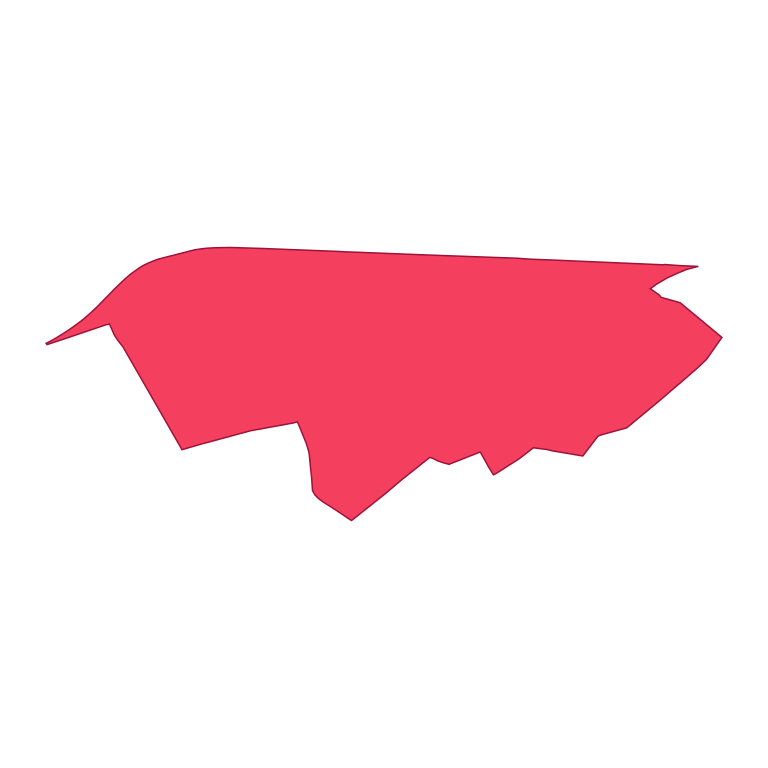 Durbe, Durbes, Latvia (Equal Earth projection)
{"feature_id": "27541924B82522110143581", "entity_name": "Durbe", "entity_type": "district", "adm_level": 2, "iso_a3": "LVA", "parent_name": "Latvia", "parent_adm1": "Durbes", "projection": "equal_earth", "projection_center": [21.377, 56.585], "detail": "fine", "context": "isolated", "style": "filled", "palette": "rose", "viewbox_px": 768, "rotation_deg": 0, "n_neighbors": 0, "source": "geoboundaries", "source_scale": "gbopen_adm2", "svg_char_len": 1487}
<svg xmlns="http://www.w3.org/2000/svg" viewBox="0 0 768 768"><path d="M47.1,344.6L70.8,336.7L105.0,325.1L109.5,324.0L114.3,335.0L117.4,339.8L122.9,346.8L123.1,347.1L182.0,449.7L201.0,444.1L203.8,443.4L250.4,430.8L291.0,423.4L293.7,422.9L297.4,421.8L299.5,426.7L306.5,444.0L309.1,453.0L310.4,466.4L311.7,478.7L312.5,490.6L315.0,495.0L318.5,498.5L322.4,501.5L334.5,509.2L349.0,518.9L350.3,519.8L351.6,520.5L385.3,493.7L402.5,479.1L429.8,457.4L433.2,458.5L437.3,460.7L443.9,463.0L446.3,463.6L449.2,464.3L450.3,463.8L479.7,452.2L480.1,452.0L480.6,452.6L483.8,458.3L488.4,466.6L493.4,474.8L496.1,473.5L519.0,458.9L533.4,447.8L547.0,449.5L552.1,450.8L582.2,455.9L582.8,456.0L598.0,436.1L602.2,434.6L626.8,427.8L658.9,401.2L678.3,384.5L679.6,383.5L698.0,367.5L706.6,359.3L721.9,337.4L680.1,302.7L660.9,297.3L660.1,296.0L658.7,294.6L651.3,289.4L650.2,288.8L657.3,283.7L667.4,277.8L677.1,273.4L686.7,269.4L698.3,266.4L679.9,265.6L669.9,264.9L664.8,264.5L663.1,264.8L579.6,261.2L549.8,259.9L546.6,259.8L531.0,259.2L516.6,258.2L513.9,258.1L469.1,256.5L420.2,254.7L345.5,251.8L337.6,251.4L260.7,248.4L256.8,248.3L231.3,247.5L227.2,247.5L214.3,247.8L206.9,248.2L200.8,248.9L194.6,249.8L172.1,255.6L169.1,256.3L158.4,259.1L154.2,260.6L148.8,262.8L143.2,265.5L139.9,267.5L137.7,269.0L130.2,274.4L124.6,279.3L115.6,287.9L96.8,307.1L91.6,312.0L84.5,318.3L77.5,323.7L69.9,329.2L61.4,334.7L56.5,337.7L50.8,341.0L47.0,342.9L46.1,343.3L47.1,344.6Z" fill="#f43f5e" stroke="#9f1239" stroke-width="1.5"/></svg>